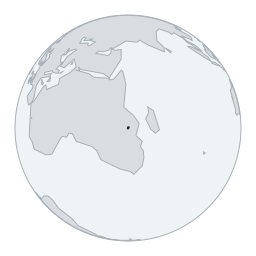 Dedza on an orthographic globe, rotated 320°
{"feature_id": "MWI-1907", "entity_name": "Dedza", "entity_type": "District", "adm_level": 1, "iso_a3": "MWI", "parent_name": "Malawi", "parent_adm1": "", "projection": "orthographic", "projection_center": [34.115, -14.229], "detail": "fine", "context": "on_globe", "style": "filled", "palette": "slate", "viewbox_px": 256, "rotation_deg": 320, "n_neighbors": 0, "source": "natural_earth", "source_scale": "10m", "svg_char_len": 5492}
<svg xmlns="http://www.w3.org/2000/svg" viewBox="0 0 256 256"><g transform="rotate(320 128 128)"><circle cx="128" cy="128" r="113" fill="#eef3f6" stroke="#a8b0b8"/><path d="M15.9,117.5L16.0,117.8L16.0,121.8L15.8,125.1L16.3,124.9L16.3,126.8L19.8,125.9L23.1,128.7L24.0,135.4L23.2,144.7L27.0,162.2L26.9,170.3L29.9,177.4L35.1,188.9L34.6,189.9L37.9,193.9L40.3,197.6L40.8,198.9L43.6,202.2L44.2,203.1L45.8,204.5L50.7,209.8L54.0,212.5L58.6,216.5L60.8,218.0L61.0,218.4L62.4,219.4L63.8,220.4L62.8,219.9L62.7,219.8L56.1,214.7L49.8,209.1L44.0,203.0L38.6,196.5L33.7,189.6L29.4,182.4L25.6,174.9L22.4,167.1L19.8,159.1L17.7,151.0L16.3,142.7L15.5,134.3L15.4,125.9L15.9,117.5ZM65.8,221.4L63.6,220.4L64.2,220.7L61.3,218.5L63.7,219.7L65.8,221.4ZM58.7,215.4L57.3,213.8L58.0,214.1L59.1,215.3L58.7,215.4ZM149.6,17.4L150.0,17.5L154.4,18.6L155.3,19.1L156.2,19.3L155.9,19.0L150.5,17.6L150.3,17.6L158.1,19.5L165.8,21.9L173.3,24.9L180.6,28.4L187.6,32.4L194.3,36.9L200.6,41.9L206.6,47.3L212.2,53.2L217.3,59.4L222.0,66.0L226.2,72.9L229.9,80.0L230.8,82.1L230.1,82.2L230.6,83.9L228.8,80.7L228.7,82.9L233.9,95.8L234.6,98.9L233.3,102.8L232.9,100.3L228.1,91.7L228.9,99.0L232.6,107.5L233.9,116.1L231.8,112.1L230.2,104.5L228.5,101.3L227.8,94.7L224.1,84.2L221.8,84.6L220.9,80.8L215.4,72.0L211.5,72.4L206.2,79.7L207.4,89.4L204.7,93.0L196.8,77.4L193.3,68.1L190.4,68.3L182.3,60.0L168.1,57.7L166.2,55.4L163.5,56.1L157.8,53.6L154.8,50.2L151.4,50.2L159.2,59.5L163.0,59.6L166.2,56.5L167.7,59.9L173.2,63.5L166.8,71.0L145.9,77.5L144.0,70.3L128.9,52.2L129.4,50.3L129.4,50.1L129.2,49.8L127.7,52.8L125.1,49.7L133.0,61.5L134.3,67.0L145.6,77.9L144.5,79.0L148.2,81.4L160.2,79.4L160.2,81.8L154.5,93.1L138.0,109.4L140.3,121.4L139.3,131.8L129.2,138.9L130.4,147.4L125.3,150.5L125.1,155.4L121.2,160.8L114.5,166.2L102.7,167.2L101.7,162.6L95.5,154.4L86.8,134.8L89.5,125.4L88.3,118.7L79.8,105.1L81.7,97.0L79.5,94.0L74.9,95.6L72.4,92.2L69.6,92.6L52.7,99.2L47.8,95.8L42.5,83.7L45.7,77.2L46.7,71.2L69.2,47.0L73.5,46.9L90.7,41.7L92.8,42.1L90.3,46.2L102.8,49.9L107.4,46.1L119.2,48.3L127.4,48.1L131.2,40.6L117.8,40.7L116.0,37.4L127.1,34.3L138.9,35.1L138.6,33.8L131.5,31.0L134.7,29.1L129.2,30.0L131.1,31.1L127.7,31.9L125.7,30.9L126.9,30.2L123.5,29.7L118.7,33.9L120.1,35.5L110.9,36.7L112.4,39.7L109.7,41.4L106.2,37.0L106.8,35.3L99.9,31.8L98.3,33.5L104.8,37.2L102.6,37.1L100.5,40.0L100.4,37.7L93.7,33.7L85.6,36.1L74.6,44.9L70.0,46.6L66.5,46.3L71.3,38.8L81.0,35.9L82.8,33.7L81.5,31.7L84.5,31.2L85.2,30.2L88.9,29.3L94.8,26.2L98.7,25.4L101.6,22.8L104.0,22.1L101.6,23.8L101.9,24.7L111.6,23.6L113.7,22.9L114.8,21.4L117.4,21.6L117.2,20.3L123.1,19.6L115.8,19.6L116.9,18.4L120.8,17.4L119.9,17.2L113.6,18.8L112.2,19.5L113.1,20.0L108.3,22.7L104.9,23.5L104.9,21.1L100.0,22.1L102.2,20.3L118.0,16.3L124.2,15.8L133.2,16.6L131.4,17.0L127.3,16.8L130.5,17.8L130.5,17.3L132.6,17.6L134.2,16.9L135.8,17.1L134.7,16.4L136.8,16.6L137.5,17.0L141.6,16.8L146.2,17.3L146.4,17.2L145.3,17.0L151.7,18.2L149.4,17.6L147.7,17.2L147.3,17.0L149.6,17.4ZM61.0,57.5L60.2,59.3L61.0,57.5ZM151.2,40.2L158.4,41.2L155.4,36.7L158.0,36.9L156.0,35.4L155.2,36.4L150.5,32.7L153.7,32.0L153.0,30.4L150.5,30.1L145.4,32.1L152.1,37.2L150.3,38.7L151.2,40.2ZM85.2,26.6L86.2,26.7L84.4,27.9L79.6,29.9L82.0,28.0L85.2,26.6ZM88.1,26.7L89.5,24.3L92.6,23.3L90.6,24.2L92.5,23.8L89.9,25.2L91.4,27.0L90.0,28.2L81.7,30.6L85.2,28.9L84.0,28.8L88.1,26.7ZM90.2,21.9L94.2,20.6L92.9,21.1L88.0,22.8L86.6,23.3L87.7,22.8L88.0,22.7L90.2,21.9ZM95.5,40.3L97.1,40.3L99.8,39.8L98.5,41.9L95.5,40.3ZM90.8,37.6L92.3,37.2L91.9,39.5L90.1,39.7L90.8,37.6ZM93.5,35.1L92.4,37.0L92.0,36.1L93.5,35.1ZM103.0,23.4L104.7,23.0L104.8,23.3L103.7,24.0L103.0,23.4ZM128.7,41.8L126.2,43.3L125.0,42.6L126.1,42.2L128.7,41.8ZM111.5,42.2L115.2,42.9L111.1,42.7L111.5,42.2ZM170.5,194.9L171.0,196.8L169.3,196.7L170.5,194.9ZM158.6,131.0L150.9,149.6L145.6,149.4L144.6,143.7L147.4,132.3L153.6,129.5L156.7,124.6L158.6,131.0ZM238.6,143.7L238.8,145.3L238.7,145.8L238.6,143.7ZM238.6,140.7L238.9,142.1L238.3,141.6L238.6,140.7ZM239.0,142.7L239.3,143.1L239.5,142.8L239.3,143.8L239.0,142.7ZM238.2,139.9L235.4,135.3L233.9,132.2L234.5,130.7L236.9,133.9L238.2,139.9ZM234.4,130.5L231.8,122.7L226.2,104.3L228.3,105.7L233.7,118.2L233.4,119.6L235.0,125.3L234.4,130.5ZM239.6,127.2L239.3,131.8L238.0,128.9L237.2,127.0L236.7,120.0L237.0,117.3L237.7,118.3L239.0,111.5L239.7,115.3L239.7,118.6L240.2,123.8L239.6,127.2ZM207.9,90.4L210.5,97.1L208.9,97.6L207.9,90.4ZM238.4,105.9L238.6,108.8L238.1,104.3L238.4,105.9ZM237.6,102.2L237.3,100.8L237.3,101.0L237.6,102.2ZM231.6,86.8L230.9,86.3L230.4,84.8L230.9,84.5L231.6,86.8ZM140.7,16.1L140.4,16.1L142.8,16.6L138.4,16.0L138.6,15.9L140.7,16.1ZM222.0,190.0L223.3,188.0L219.7,188.3L220.0,185.7L222.3,182.8L227.4,171.4L227.5,172.1L230.4,165.1L233.9,163.3L237.1,155.6L236.7,157.4L234.0,166.0L230.7,174.3L226.7,182.3L222.0,190.0ZM239.2,145.9L238.8,147.1L239.4,144.9L239.3,145.0L239.2,145.9ZM240.6,125.8L240.4,125.6L240.4,129.1L240.6,128.8L240.5,130.4L240.2,136.5L240.1,138.0L240.4,131.5L239.9,136.7L239.8,136.0L240.0,130.8L240.3,125.6L240.4,123.9L240.6,125.2L240.6,125.8ZM239.7,113.2L239.7,113.3L239.6,113.0L239.7,113.2Z" fill="#d9dde1" stroke="#a8b0b8" stroke-width="1"/><path d="M127.1,128.7L127.2,128.4L127.3,128.3L127.4,128.2L127.5,128.2L127.7,127.9L127.8,127.9L128.0,127.8L128.0,127.7L128.2,127.4L128.3,127.3L128.5,127.5L128.7,127.8L128.8,127.7L129.2,127.7L129.2,128.1L128.9,128.4L128.7,128.4L128.4,128.3L128.1,128.4L127.9,128.4L127.9,128.5L127.7,128.5L127.4,128.6L127.2,128.5L127.1,128.7Z" fill="#64748b" stroke="#1e293b" stroke-width="1.5"/></g></svg>